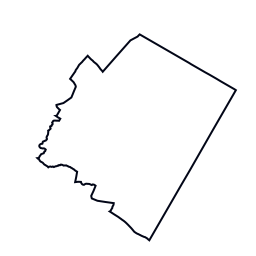 Wundanyi, Coast, Kenya (Albers equal-area conic projection), rotated 120°
{"feature_id": "3690345B46260760479849", "entity_name": "Wundanyi", "entity_type": "district", "adm_level": 2, "iso_a3": "KEN", "parent_name": "Kenya", "parent_adm1": "Coast", "projection": "albers", "projection_center": [38.338, -3.299], "detail": "fine", "context": "isolated", "style": "outline", "palette": "ink", "viewbox_px": 256, "rotation_deg": 120, "n_neighbors": 0, "source": "geoboundaries", "source_scale": "gbopen_adm2", "svg_char_len": 5394}
<svg xmlns="http://www.w3.org/2000/svg" viewBox="0 0 256 256"><g transform="rotate(120 128 128)"><path d="M201.3,146.7L199.5,144.3L198.2,141.8L198.8,141.3L199.0,140.9L199.2,140.5L199.5,139.9L199.6,139.2L199.6,138.7L199.4,138.1L199.2,137.7L198.7,137.5L198.1,137.2L197.6,136.8L197.2,136.4L196.9,135.8L196.7,135.4L196.5,134.9L196.2,134.4L196.0,133.9L195.8,133.5L195.7,133.0L195.7,132.4L195.6,131.9L195.6,131.4L195.5,130.8L195.1,130.6L194.6,130.4L194.3,129.8L194.1,129.3L194.1,128.6L194.1,127.9L194.2,127.2L199.7,126.4L205.2,125.9L206.2,125.0L207.1,124.1L206.7,121.1L206.3,118.1L203.3,110.4L200.2,102.8L200.9,102.5L201.6,102.2L202.1,102.1L202.6,102.1L203.0,102.1L203.8,102.1L204.4,102.0L204.9,101.7L205.3,101.6L205.8,101.7L206.5,101.7L207.2,101.7L207.7,101.7L208.2,101.7L208.8,101.7L209.4,102.1L209.7,96.9L209.9,91.7L210.1,90.2L210.2,88.8L210.4,87.3L210.5,85.9L210.6,84.9L210.8,83.8L210.9,83.1L211.1,82.4L211.3,81.4L211.6,80.4L211.8,79.5L212.1,78.6L212.4,77.5L212.7,76.5L213.1,75.1L213.6,73.7L214.0,72.6L214.4,71.6L214.6,71.0L214.8,70.4L214.8,69.6L214.9,68.7L214.9,67.8L214.9,66.9L214.8,66.4L214.7,65.9L214.7,65.2L214.7,64.4L214.6,63.9L214.6,63.4L214.6,62.6L214.5,61.6L214.4,61.1L214.4,60.5L214.3,59.9L214.2,59.4L214.0,58.9L214.0,58.3L214.0,57.6L214.0,57.1L214.0,56.4L214.2,55.7L214.3,55.1L214.4,54.6L214.5,54.0L214.6,53.4L197.8,53.4L181.1,53.4L174.4,53.4L167.8,53.4L150.6,53.4L133.5,53.3L87.4,53.5L41.3,53.5L41.2,55.0L41.2,56.5L41.2,58.0L41.2,59.5L41.2,65.3L41.2,71.0L41.1,76.1L41.1,81.2L41.1,82.6L41.1,84.0L41.2,89.2L41.2,94.4L41.2,98.6L41.2,102.8L41.2,105.3L41.1,107.7L41.1,110.1L41.1,112.5L41.1,114.8L41.1,117.1L41.1,119.5L41.1,121.8L41.1,124.2L41.1,126.7L41.1,127.7L41.1,128.7L41.1,130.1L41.1,131.4L41.1,133.7L41.1,136.0L41.1,138.4L41.1,140.8L41.1,142.8L41.1,144.8L41.1,145.5L41.1,146.2L41.1,147.8L41.1,149.4L41.1,151.3L41.1,153.2L41.1,154.4L41.1,155.6L41.1,156.2L41.1,157.6L41.1,158.8L41.1,161.8L41.1,164.7L42.6,165.1L44.0,165.4L47.5,167.6L50.9,169.7L71.4,173.9L91.9,178.0L91.7,178.4L91.5,179.0L91.3,179.4L91.2,179.8L91.0,180.5L90.8,181.2L90.5,181.8L90.3,182.2L90.1,182.7L89.9,183.1L89.7,183.6L89.5,184.0L89.0,185.3L88.5,186.6L88.4,187.2L88.2,188.0L88.1,188.9L88.0,189.6L87.9,190.2L87.8,190.9L87.6,191.5L87.4,191.9L87.3,192.4L87.2,193.0L87.1,193.8L87.0,194.2L86.9,194.7L86.8,195.1L86.6,195.8L86.4,196.4L86.2,197.1L85.9,198.2L85.6,199.0L88.1,199.6L90.6,200.1L91.6,200.4L92.7,200.6L93.3,200.7L94.0,200.8L94.6,201.0L95.2,201.2L95.6,201.3L96.4,201.5L97.3,201.8L97.8,201.9L98.3,201.9L99.0,201.9L99.7,201.9L100.2,201.9L100.7,201.9L101.6,201.9L102.3,202.0L102.8,202.1L103.3,202.1L103.9,202.2L104.4,202.2L104.9,202.0L105.5,201.9L106.2,202.0L106.8,202.1L107.3,202.1L108.4,202.2L109.4,202.3L111.9,202.5L114.4,202.7L114.9,200.5L115.5,198.1L115.8,197.5L116.2,196.8L116.6,196.1L116.9,195.5L117.2,195.0L117.5,194.6L118.0,194.2L118.4,193.8L122.6,193.3L126.8,192.7L128.4,192.5L129.9,192.3L134.3,194.3L138.7,196.4L140.3,198.0L142.0,199.7L142.9,200.6L143.8,201.5L144.3,201.2L144.8,200.7L145.2,200.2L145.5,199.7L145.6,199.2L146.1,197.4L146.4,195.9L147.6,195.9L148.8,195.9L149.6,195.9L150.5,195.9L151.6,195.9L152.8,195.9L153.2,196.1L153.6,196.6L153.8,193.9L153.8,191.3L155.0,191.3L156.2,191.3L156.7,192.3L157.4,193.6L157.7,194.2L157.9,194.6L158.1,194.9L158.4,195.5L158.7,195.9L159.2,196.3L160.0,196.2L160.7,196.4L161.3,196.4L161.6,195.9L162.0,195.4L162.4,195.2L163.0,195.2L163.6,195.5L164.1,195.5L164.5,195.3L165.0,195.7L165.6,196.2L166.0,196.0L166.4,195.6L166.9,195.1L167.3,194.7L167.8,194.8L168.3,195.0L169.0,195.2L169.4,195.3L169.8,195.7L170.4,195.8L170.7,195.4L171.2,195.1L171.7,194.9L172.2,194.7L172.8,194.4L173.2,194.2L173.7,194.1L174.4,194.0L175.1,194.1L175.7,194.0L176.2,194.0L176.7,193.9L177.3,193.5L177.7,193.1L178.0,192.7L178.5,192.6L179.3,192.8L180.1,193.0L180.6,193.6L181.2,193.9L181.7,194.4L182.2,194.8L183.0,194.8L183.4,194.6L183.9,194.4L184.4,194.3L184.7,194.6L185.0,195.0L185.4,195.5L185.9,195.8L186.5,196.0L187.3,196.1L188.0,195.8L188.4,195.4L188.7,194.9L188.9,194.3L189.0,193.6L188.8,193.0L188.6,192.5L188.4,191.7L188.0,191.1L187.7,190.7L187.6,190.1L187.6,189.6L187.7,189.1L187.8,188.5L188.5,188.4L189.0,188.2L189.6,188.2L190.1,188.6L190.7,188.6L191.4,188.4L192.1,188.4L192.5,188.8L192.9,189.2L193.3,189.5L193.8,189.8L194.3,190.2L195.0,190.2L195.6,190.2L196.1,190.3L196.5,190.4L197.0,190.4L197.6,190.3L198.4,190.2L198.9,190.5L199.1,191.0L199.4,191.4L199.6,190.7L199.4,190.0L199.5,189.6L199.8,189.0L200.2,188.5L200.4,188.1L200.6,187.5L200.8,186.8L200.7,186.2L200.7,185.7L200.7,185.1L200.7,184.5L201.0,183.6L201.2,183.0L201.4,182.4L201.5,181.9L201.4,181.2L201.4,180.8L201.5,180.1L201.5,179.4L201.5,178.9L201.5,178.5L201.7,178.0L201.9,177.4L201.4,177.2L201.0,176.9L200.5,176.4L200.1,175.8L200.0,175.2L199.8,174.6L199.3,174.1L198.9,173.8L198.9,173.2L198.9,172.7L198.4,172.3L198.0,172.0L197.6,171.8L197.3,171.5L197.0,171.0L196.5,170.5L196.0,170.2L195.7,169.7L195.2,169.7L194.7,169.3L194.4,168.9L194.4,168.4L194.0,168.1L193.4,168.0L193.1,167.5L193.0,166.8L192.7,166.3L192.7,165.9L192.8,165.4L192.7,164.9L192.2,164.3L191.9,163.8L191.7,163.3L191.3,162.9L191.3,162.4L191.2,161.8L191.1,161.2L191.2,160.7L191.1,160.3L191.1,159.7L190.9,159.1L190.7,158.5L190.8,157.9L190.9,157.3L190.8,156.7L190.8,156.3L190.9,155.8L190.9,155.1L190.9,154.5L190.9,153.8L191.2,153.1L191.2,152.5L191.2,152.0L191.3,151.4L191.3,150.7L191.3,150.2L196.2,148.4L201.3,146.7Z" fill="none" stroke="#020617" stroke-width="2"/></g></svg>